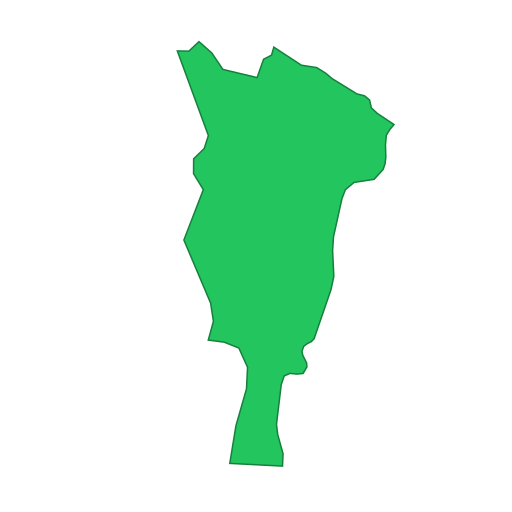 map outline of Kanungu (Mercator projection), rotated 190°
{"feature_id": "UGA-3377", "entity_name": "Kanungu", "entity_type": "District", "adm_level": 1, "iso_a3": "UGA", "parent_name": "Uganda", "parent_adm1": "", "projection": "mercator", "projection_center": [29.677, -0.754], "detail": "fine", "context": "isolated", "style": "filled", "palette": "green", "viewbox_px": 512, "rotation_deg": 190, "n_neighbors": 0, "source": "natural_earth", "source_scale": "10m", "svg_char_len": 968}
<svg xmlns="http://www.w3.org/2000/svg" viewBox="0 0 512 512"><g transform="rotate(190 256 256)"><path d="M142.9,409.4L146.1,403.9L148.6,397.6L147.8,388.0L145.3,375.8L144.9,369.3L145.8,363.4L153.0,352.0L172.2,345.5L179.5,336.8L181.3,327.4L183.0,288.3L181.5,274.7L175.8,249.4L176.3,235.8L184.4,184.7L186.6,181.3L190.2,178.7L193.3,175.4L194.2,170.3L192.7,166.4L187.6,159.5L186.6,155.6L189.2,148.5L195.2,146.8L202.1,146.3L207.4,142.8L208.8,133.7L206.6,93.9L203.6,83.9L196.8,69.7L195.0,65.9L193.4,53.7L245.8,47.2L246.3,85.2L242.3,123.5L245.0,144.9L256.9,162.4L272.3,165.6L288.4,164.9L286.6,184.3L292.5,201.7L329.8,259.2L319.4,312.2L331.8,326.2L334.3,340.9L325.7,352.8L323.8,366.3L369.1,444.3L357.7,446.1L349.4,457.2L334.8,448.3L321.0,434.0L285.9,431.9L282.7,451.1L275.6,456.5L274.7,464.8L244.5,451.8L228.9,452.1L219.3,448.2L211.8,443.9L184.9,433.2L176.9,432.6L171.2,429.3L168.1,421.9L161.3,417.5L142.9,409.4Z" fill="#22c55e" stroke="#15803d" stroke-width="1.5"/></g></svg>